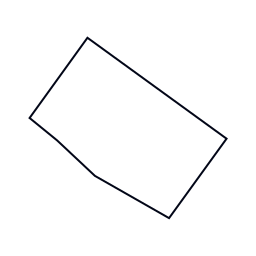 outline of Rupea, Brasov, Romania, rotated 79°
{"feature_id": "2599482B16674200014647", "entity_name": "Rupea", "entity_type": "district", "adm_level": 2, "iso_a3": "ROU", "parent_name": "Romania", "parent_adm1": "Brasov", "projection": "mercator", "projection_center": [25.268, 46.022], "detail": "fine", "context": "isolated", "style": "outline", "palette": "ink", "viewbox_px": 256, "rotation_deg": 79, "n_neighbors": 0, "source": "geoboundaries", "source_scale": "gbopen_adm2", "svg_char_len": 246}
<svg xmlns="http://www.w3.org/2000/svg" viewBox="0 0 256 256"><g transform="rotate(79 128 128)"><path d="M126.6,200.0L168.7,169.6L224.3,104.9L157.3,33.3L31.7,150.6L99.4,222.7L126.6,200.0Z" fill="none" stroke="#020617" stroke-width="2"/></g></svg>